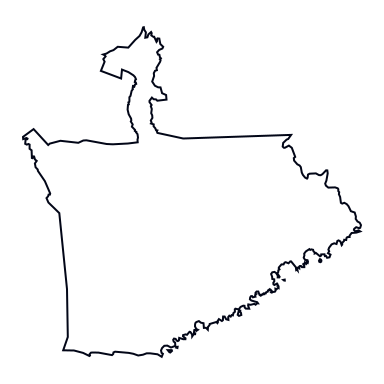 Santa María Huatulco, Oaxaca, Mexico (Robinson projection)
{"feature_id": "50627088B35092187555669", "entity_name": "Santa María Huatulco", "entity_type": "district", "adm_level": 2, "iso_a3": "MEX", "parent_name": "Mexico", "parent_adm1": "Oaxaca", "projection": "robinson", "projection_center": [-96.169, 15.822], "detail": "fine", "context": "isolated", "style": "outline", "palette": "ink", "viewbox_px": 384, "rotation_deg": 0, "n_neighbors": 0, "source": "geoboundaries", "source_scale": "gbopen_adm2", "svg_char_len": 6006}
<svg xmlns="http://www.w3.org/2000/svg" viewBox="0 0 384 384"><path d="M143.1,27.4L141.6,32.3L139.5,36.0L135.2,39.9L128.3,47.6L117.7,46.8L113.5,50.1L110.1,51.3L106.4,53.6L103.2,54.5L104.8,55.3L105.6,56.4L103.3,59.1L104.6,61.7L100.9,70.9L121.1,78.5L122.0,69.6L128.4,72.1L133.4,75.3L135.0,77.0L136.0,79.3L135.2,80.1L134.8,82.1L135.8,82.5L136.2,83.9L135.0,84.5L134.0,87.6L133.7,85.9L133.0,85.9L132.6,88.5L132.9,89.1L131.6,90.9L130.5,95.9L129.4,97.2L129.4,101.1L129.2,102.0L128.4,102.4L128.8,104.4L128.0,104.8L127.6,109.6L128.7,114.3L131.1,118.6L131.3,120.5L130.8,121.5L132.7,124.4L131.9,126.7L135.0,129.9L134.8,130.9L136.3,131.9L136.1,132.4L137.5,134.1L138.0,137.6L137.5,139.7L137.7,142.3L128.0,143.5L112.8,144.3L106.6,144.0L86.4,140.3L83.3,140.5L78.3,142.8L60.4,140.8L49.8,143.6L48.2,145.0L33.6,129.1L23.0,136.9L23.2,139.1L26.4,138.0L27.5,138.6L27.3,139.2L25.6,139.5L25.2,143.8L26.8,144.6L28.5,144.0L29.6,144.6L29.6,148.8L31.6,150.3L31.9,158.0L32.6,158.2L33.3,156.4L34.1,156.5L35.0,159.5L36.7,160.9L34.9,163.4L35.6,167.3L37.7,169.5L37.9,170.9L44.9,181.2L50.2,193.5L49.9,194.6L48.6,194.6L48.1,196.3L46.5,198.1L48.4,202.5L59.3,213.1L67.0,289.1L67.8,337.0L63.2,350.3L74.0,350.5L83.1,352.9L89.4,356.0L90.0,355.5L89.6,354.2L90.9,352.7L92.2,352.5L98.4,352.6L112.0,355.1L113.2,354.0L113.5,352.4L115.1,351.7L128.8,352.9L133.4,353.8L138.2,355.5L143.0,354.7L146.7,353.3L149.9,353.3L157.6,354.3L161.7,356.8L162.9,353.8L161.6,352.9L161.0,350.5L162.1,348.0L164.3,345.8L167.3,345.6L171.0,347.5L175.3,345.9L175.1,342.6L173.7,341.6L173.2,339.8L174.0,338.6L175.6,338.9L176.7,340.6L177.8,341.1L178.9,340.4L179.2,337.9L183.2,339.2L185.4,339.2L185.5,338.3L183.0,336.3L183.1,335.1L185.6,334.4L187.0,334.8L189.5,331.8L190.4,332.0L192.1,334.5L192.2,336.4L193.6,334.3L195.1,334.2L195.2,333.3L193.9,333.0L194.3,330.0L195.4,329.8L196.3,330.9L197.9,329.8L196.3,329.0L195.0,326.4L195.1,324.1L195.6,322.7L196.5,322.0L198.9,321.1L200.9,322.7L203.5,323.2L203.9,327.9L206.0,327.8L207.8,329.7L208.0,326.9L209.5,325.2L209.7,324.0L216.3,322.0L217.4,323.1L218.0,322.0L217.6,321.1L218.9,319.1L221.9,321.0L222.9,320.2L223.1,316.5L224.6,316.5L226.2,319.3L228.4,319.9L228.2,317.1L229.3,315.7L230.7,316.6L231.6,315.1L232.9,315.4L233.4,313.1L234.9,311.8L234.8,309.3L235.4,308.7L238.7,309.4L240.6,306.9L243.2,305.7L244.5,305.8L244.7,307.5L245.8,308.6L249.2,308.7L248.1,305.6L248.3,304.4L250.6,304.8L254.3,303.9L255.6,304.7L256.9,303.4L258.0,303.4L257.2,302.2L251.3,300.5L249.9,299.3L250.2,297.3L251.1,296.1L252.1,296.1L252.9,297.3L255.3,296.7L254.9,296.1L255.4,295.5L255.3,294.7L256.1,294.1L255.5,293.9L255.5,292.8L256.6,291.5L258.3,291.5L259.5,294.9L260.7,295.7L261.5,295.2L261.0,294.7L263.7,294.3L263.2,293.7L263.7,293.3L265.8,293.3L266.0,292.4L267.8,291.6L267.9,290.5L269.4,289.4L269.6,290.1L270.5,289.6L271.7,290.9L270.4,293.0L271.1,292.1L271.6,292.4L271.8,291.5L272.3,292.1L274.9,291.7L275.6,290.6L275.4,288.7L276.7,289.1L278.0,287.8L278.6,288.1L278.6,286.6L278.3,285.8L277.5,285.8L277.6,284.3L277.0,283.5L274.4,285.0L273.5,284.4L273.3,282.8L274.3,281.3L274.2,279.3L272.3,279.0L272.1,276.6L271.1,274.0L272.3,272.3L274.5,271.9L276.1,273.0L277.8,275.7L277.7,277.4L279.3,277.4L279.6,276.8L277.3,273.3L278.3,271.9L278.3,270.3L279.5,269.4L278.7,268.1L278.9,267.4L281.5,264.4L283.6,264.4L284.6,262.6L285.7,262.2L288.5,263.3L290.3,261.4L291.1,261.4L295.9,267.3L296.2,270.1L297.0,269.7L297.5,270.3L297.1,268.0L298.3,267.4L299.3,268.2L299.3,266.5L299.9,266.0L301.0,266.0L301.9,267.1L304.3,267.1L304.3,265.7L303.3,264.6L303.4,263.9L304.5,263.8L304.8,262.6L306.2,264.0L306.9,263.3L306.6,261.5L307.8,262.6L308.0,261.7L307.5,260.2L305.1,259.9L303.7,257.7L304.4,255.4L304.2,253.6L305.9,251.4L309.4,249.1L310.2,249.9L311.4,249.4L313.1,249.8L313.5,251.4L314.8,252.5L314.7,253.5L316.0,253.0L320.0,256.3L321.0,255.7L321.2,254.4L324.5,254.3L324.9,256.1L326.0,255.9L327.1,257.8L329.5,257.3L330.5,254.6L328.0,253.2L329.2,251.2L328.4,249.7L329.1,247.7L331.6,244.4L334.2,243.3L336.5,244.0L337.4,240.9L338.6,240.4L340.4,241.5L341.7,245.2L342.2,244.6L342.2,242.9L344.0,241.0L344.2,239.8L346.2,240.0L346.5,238.0L347.3,237.1L349.6,237.0L349.6,235.6L351.6,233.0L356.4,232.6L360.2,231.4L358.5,230.4L355.4,231.4L353.9,229.9L354.2,228.8L356.2,227.2L359.2,228.2L360.2,227.8L361.0,225.1L359.7,222.7L357.5,221.5L355.7,218.9L355.9,216.5L354.7,212.5L350.9,211.2L348.5,206.2L346.7,204.1L344.3,202.8L342.2,203.6L340.9,202.8L340.1,196.9L338.9,194.2L339.2,192.2L338.3,191.1L338.3,189.2L337.7,188.3L335.1,187.4L328.3,187.6L325.9,185.6L325.2,183.6L326.4,180.6L327.7,173.3L327.3,170.4L326.1,170.3L322.4,174.2L320.7,175.2L319.0,175.1L315.9,173.4L309.6,173.7L308.0,174.6L307.6,177.8L307.0,178.6L305.1,177.6L302.9,174.9L301.8,172.6L300.8,167.1L299.6,165.5L297.3,164.3L294.1,160.6L293.8,158.1L295.2,156.9L291.8,147.8L288.9,145.6L284.8,147.8L283.8,147.7L282.7,146.6L283.2,142.9L286.6,139.6L288.2,139.0L291.1,134.9L183.2,138.5L157.4,132.9L156.7,131.0L157.2,130.4L155.9,130.0L155.4,128.4L153.6,126.3L153.7,124.4L151.0,123.5L151.6,122.6L150.8,120.5L152.4,117.9L152.2,115.3L151.2,113.2L151.8,109.0L150.8,106.2L151.6,105.0L149.5,102.1L149.5,100.8L151.9,97.6L153.6,99.2L156.0,99.4L157.3,100.7L166.5,99.6L166.1,95.0L162.1,93.2L160.5,87.4L158.1,87.3L154.9,85.7L152.2,81.6L154.1,76.0L153.8,73.2L155.0,70.8L156.9,70.2L156.5,67.8L160.1,61.8L160.6,60.1L159.9,59.2L160.9,58.3L159.9,57.2L159.4,54.8L158.1,54.6L157.1,52.2L159.2,49.9L162.4,48.5L163.2,46.8L160.3,44.0L159.3,38.6L157.5,38.4L157.1,38.9L157.1,41.1L156.5,41.9L154.2,36.8L153.5,36.9L151.3,35.4L151.7,33.1L151.1,32.0L148.4,34.4L147.4,37.3L145.3,37.7L145.9,32.3L144.3,29.9L143.8,27.2L143.1,27.4ZM239.0,315.9L241.3,315.0L241.0,312.9L240.3,312.2L240.3,310.6L238.9,310.4L237.7,314.8L239.0,315.9ZM170.3,352.5L172.0,350.9L171.7,350.1L167.7,350.1L169.4,352.2L170.3,352.5ZM321.0,259.7L319.3,258.7L319.9,259.7L319.0,260.8L319.3,261.8L320.3,262.2L321.2,261.7L321.4,260.5L321.0,259.7ZM177.4,348.0L177.6,346.8L176.4,346.9L176.1,347.6L177.4,348.0ZM284.8,280.6L284.7,279.6L283.3,279.9L284.2,280.6L284.8,280.6Z" fill="none" stroke="#020617" stroke-width="2"/></svg>